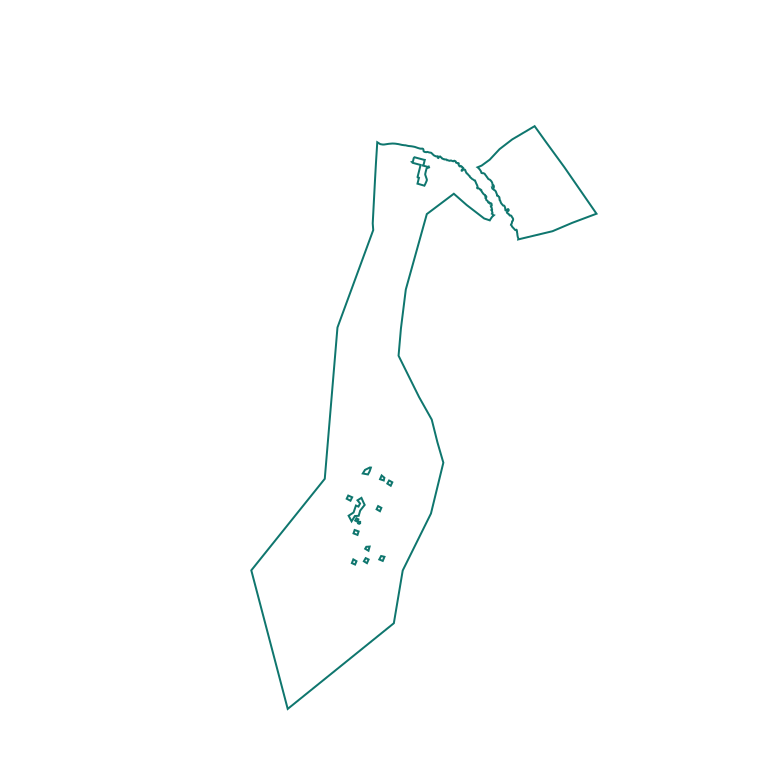 Zemam Out, Al Jizah, Egypt (Robinson projection), rotated 321°
{"feature_id": "37247803B81980397210132", "entity_name": "Zemam Out", "entity_type": "district", "adm_level": 2, "iso_a3": "EGY", "parent_name": "Egypt", "parent_adm1": "Al Jizah", "projection": "robinson", "projection_center": [30.957, 29.003], "detail": "fine", "context": "isolated", "style": "outline", "palette": "teal", "viewbox_px": 768, "rotation_deg": 321, "n_neighbors": 0, "source": "geoboundaries", "source_scale": "gbopen_adm2", "svg_char_len": 6073}
<svg xmlns="http://www.w3.org/2000/svg" viewBox="0 0 768 768"><g transform="rotate(321 384 384)"><path d="M568.9,240.7L567.7,239.9L566.7,237.9L566.5,236.6L566.2,234.1L565.6,233.3L564.9,232.6L563.8,231.0L563.4,230.7L562.8,230.5L562.3,230.0L561.5,229.0L561.3,228.1L561.5,227.6L561.8,227.2L562.2,226.5L562.3,225.9L562.1,225.4L561.5,224.8L560.8,224.5L560.4,223.9L559.7,223.2L559.6,222.9L559.0,222.1L557.2,219.2L556.4,218.2L555.0,216.6L552.7,214.3L550.9,212.0L550.1,211.3L549.2,210.3L548.5,209.6L546.3,206.8L544.0,204.3L542.0,202.5L539.1,200.5L535.7,198.5L534.7,197.9L533.7,197.1L532.2,195.4L531.9,194.8L530.9,191.9L517.1,206.9L505.3,219.9L476.3,252.1L472.5,257.6L383.4,310.8L278.3,420.4L163.6,445.3L104.7,575.9L241.1,576.1L281.2,540.7L339.0,514.2L380.6,482.5L388.8,463.0L398.7,441.7L403.0,416.4L413.1,371.2L432.1,351.5L460.4,324.3L524.2,278.9L558.0,280.1L560.9,297.0L566.0,318.4L569.2,323.4L570.8,322.8L573.3,322.1L575.6,322.0L575.3,321.5L575.0,321.3L575.0,321.1L575.3,320.0L575.1,319.6L576.0,319.3L576.3,318.4L576.7,317.8L576.9,317.4L576.9,316.6L577.4,316.8L577.3,317.0L577.9,316.3L578.3,315.2L578.8,314.4L578.6,314.0L578.9,313.0L579.2,313.0L580.1,313.0L580.4,312.5L580.8,312.0L581.0,311.5L580.8,310.7L580.6,310.6L580.4,310.6L580.1,310.7L579.9,310.6L580.0,310.1L580.2,309.6L580.1,309.1L579.4,309.0L579.3,308.3L579.6,307.4L579.7,306.7L579.4,305.9L579.3,305.5L579.7,304.6L580.0,303.9L580.1,303.7L579.9,303.3L580.2,303.0L580.9,303.3L581.1,303.2L581.4,302.8L581.5,302.6L581.5,302.0L581.2,301.7L580.9,301.7L581.0,301.4L581.3,301.3L581.5,300.7L581.1,299.9L580.9,298.9L581.0,296.5L581.2,295.7L581.3,295.3L581.1,294.7L581.1,294.2L581.2,293.9L581.0,292.9L581.2,293.0L580.8,291.8L580.4,290.9L579.8,290.8L579.7,290.5L580.0,290.0L580.6,290.0L581.0,289.3L581.4,288.3L581.9,286.1L582.8,283.2L582.4,282.9L582.1,281.5L581.8,280.7L582.1,280.6L581.8,280.6L581.6,280.3L581.1,277.4L581.4,276.3L581.3,275.9L581.2,275.8L581.2,274.8L581.1,274.3L581.2,273.7L581.0,273.1L581.0,272.5L580.9,272.5L580.8,272.3L580.9,271.7L581.0,271.2L581.4,269.7L581.7,269.2L581.6,268.6L581.7,268.4L581.1,267.4L579.8,267.3L579.5,267.4L579.1,267.4L578.7,267.3L578.6,267.1L578.7,266.9L579.1,266.6L581.3,266.2L581.5,266.1L581.5,265.8L581.4,265.6L581.3,265.1L581.4,264.7L581.4,264.4L580.9,264.0L580.8,263.6L580.9,263.4L581.0,263.0L580.8,262.7L579.9,262.6L579.7,262.4L579.7,262.0L579.9,261.4L580.0,260.3L580.8,259.8L580.9,259.3L580.5,258.8L579.9,258.2L579.6,257.9L579.3,257.1L579.8,256.3L579.6,255.6L579.1,254.7L578.8,254.6L578.7,254.7L578.3,254.7L578.0,254.5L577.4,253.7L577.0,252.9L576.7,252.4L575.9,252.1L575.5,251.7L575.2,251.6L574.9,251.0L574.2,250.0L573.9,249.8L574.0,249.5L573.8,248.9L573.6,248.7L572.1,247.3L572.1,246.9L571.7,246.5L571.1,245.4L571.0,245.0L571.2,244.5L571.1,243.9L570.8,243.4L570.7,243.0L570.8,242.6L570.0,242.1L569.8,242.2L569.3,241.8L568.5,242.5L568.3,242.2L568.8,241.8L568.5,241.5L568.7,241.1L569.0,240.9L568.9,240.7ZM548.0,246.9L547.6,247.7L546.1,251.8L545.8,252.3L545.4,252.6L545.3,252.8L542.0,254.5L540.2,255.3L536.1,249.4L540.3,246.2L541.0,245.8L541.0,245.7L540.2,244.6L540.3,244.3L550.3,236.8L545.5,230.2L545.4,230.0L545.6,229.3L545.5,229.0L546.3,229.2L546.8,229.1L549.2,227.2L550.0,227.0L550.4,227.0L556.0,234.7L556.6,235.4L556.7,235.5L552.8,238.5L552.6,238.5L551.8,238.4L551.6,238.6L554.5,242.6L554.5,243.1L554.8,243.2L555.3,243.0L555.6,243.1L555.3,244.0L553.2,243.3L552.6,243.4L550.1,245.2L548.0,246.9ZM293.5,463.1L292.9,465.8L285.8,467.4L281.4,470.5L278.3,468.3L272.4,470.3L273.6,464.1L279.5,464.7L285.7,460.8L287.0,463.2L290.2,461.8L290.2,457.7L294.8,458.3L293.5,463.1ZM317.9,442.8L314.6,444.2L311.2,440.2L315.2,438.8L320.5,440.0L321.2,440.7L317.9,442.8ZM288.0,452.0L284.5,453.6L282.8,449.7L286.0,448.2L288.0,452.0ZM271.5,482.6L268.4,484.6L266.3,480.9L269.3,479.0L271.5,482.6ZM275.6,518.6L271.7,520.7L269.9,517.4L273.5,515.9L275.6,518.6ZM328.6,465.6L325.2,467.3L323.9,463.5L327.2,462.2L328.6,465.6ZM251.1,504.4L247.9,506.1L246.3,503.0L249.8,501.0L251.1,504.4ZM304.0,478.6L300.8,480.3L299.4,476.7L302.6,475.2L304.0,478.6ZM261.6,510.7L258.0,512.5L256.8,509.1L260.2,507.8L261.6,510.7ZM325.3,457.1L323.1,458.8L321.0,455.5L324.6,453.6L325.3,457.1ZM270.5,501.3L267.0,503.8L265.7,500.2L267.8,499.4L270.5,501.3ZM278.9,473.0L276.5,474.0L275.7,472.0L278.1,471.0L278.9,473.0ZM278.7,476.1L277.8,477.2L276.7,477.0L276.2,476.0L277.8,475.2L278.7,476.1ZM663.3,278.4L637.6,274.6L621.6,274.2L607.3,276.2L597.3,275.7L593.1,274.5L593.3,275.3L593.3,275.8L593.4,277.2L593.3,278.8L593.0,280.5L592.8,280.7L592.8,280.9L592.6,281.1L592.6,281.4L593.2,282.2L593.4,282.3L593.7,282.6L594.0,282.8L594.5,284.0L594.4,285.0L594.3,287.5L594.2,288.0L594.3,288.5L594.1,289.6L594.1,290.1L594.1,290.4L594.8,291.8L594.9,292.2L595.0,293.2L595.0,294.4L594.7,295.8L594.3,296.6L593.9,297.2L593.8,297.4L593.2,298.3L594.1,298.5L594.0,299.1L593.5,299.9L592.7,300.6L591.4,300.3L591.3,300.0L591.2,300.2L591.7,302.6L591.9,302.9L592.1,304.0L592.0,304.9L591.3,307.0L591.0,308.0L590.4,308.7L590.6,309.2L591.1,309.6L591.0,310.6L591.2,311.2L591.2,311.3L590.7,312.4L590.4,312.5L589.6,314.0L589.8,314.4L589.3,315.5L589.2,316.1L588.9,316.7L588.9,317.2L588.8,317.9L588.9,319.1L588.8,320.0L589.4,321.0L589.5,321.0L589.6,321.5L589.4,322.3L589.1,323.2L588.7,323.7L588.6,324.0L588.0,324.9L587.7,325.4L587.7,325.6L587.9,325.8L588.2,325.6L588.5,325.6L588.9,325.9L589.1,325.9L590.0,326.0L590.5,326.2L590.6,326.7L590.5,327.1L590.2,327.5L589.6,327.7L588.8,327.6L588.1,327.7L587.7,328.0L587.5,328.4L587.4,328.4L587.4,328.6L587.4,328.9L587.7,329.8L587.7,330.3L587.9,330.6L587.9,331.3L587.7,331.8L587.7,332.1L587.9,332.3L588.4,332.6L588.7,333.1L588.8,333.5L588.6,334.1L588.5,335.7L588.2,337.0L587.8,337.5L587.0,338.1L586.5,338.3L586.0,338.2L585.5,338.6L585.0,339.1L584.1,339.7L583.7,339.9L583.2,339.9L582.8,340.2L582.9,340.5L582.8,341.5L582.6,342.1L582.6,342.8L582.9,347.0L583.1,347.3L583.4,347.5L584.0,347.6L584.0,348.0L583.6,348.6L583.3,349.3L582.8,349.9L582.2,351.1L581.6,351.9L580.5,353.9L580.3,354.6L579.9,355.6L579.3,356.1L611.1,371.3L631.7,377.2L656.3,385.4L660.6,328.9L662.2,297.1L663.3,278.4Z" fill="none" stroke="#0f766e" stroke-width="2"/></g></svg>